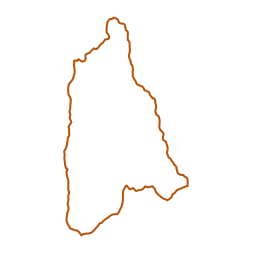 the district of Molagavita, Santander, Colombia, rotated 183°
{"feature_id": "7082276B9574899495584", "entity_name": "Molagavita", "entity_type": "district", "adm_level": 2, "iso_a3": "COL", "parent_name": "Colombia", "parent_adm1": "Santander", "projection": "equal_earth", "projection_center": [-72.811, 6.635], "detail": "fine", "context": "isolated", "style": "outline", "palette": "amber", "viewbox_px": 256, "rotation_deg": 183, "n_neighbors": 0, "source": "geoboundaries", "source_scale": "gbopen_adm2", "svg_char_len": 5861}
<svg xmlns="http://www.w3.org/2000/svg" viewBox="0 0 256 256"><g transform="rotate(183 128 128)"><path d="M185.3,192.3L185.3,191.8L185.1,190.7L185.1,189.9L185.3,188.2L185.3,187.6L184.9,186.7L184.5,184.3L184.3,182.1L184.2,180.5L184.6,178.5L185.0,176.6L185.2,175.4L185.5,174.4L186.2,173.0L186.9,171.9L187.5,171.1L188.5,170.0L189.0,169.2L189.4,168.1L189.7,166.5L189.8,163.2L189.6,161.5L189.4,159.5L189.0,158.1L188.6,157.4L187.8,156.2L187.4,155.3L186.9,154.3L186.7,153.8L186.6,152.2L186.6,150.4L186.8,148.2L186.7,147.3L186.7,146.3L186.7,145.7L186.8,143.4L187.3,141.1L187.3,140.6L186.8,139.8L186.5,139.3L186.3,138.7L186.3,138.1L186.3,137.3L186.6,136.6L186.7,135.7L186.7,134.9L186.5,134.3L185.8,132.9L185.2,131.8L185.0,131.3L184.9,130.8L184.9,130.5L185.3,129.9L185.7,129.4L186.5,128.0L186.8,127.0L187.2,126.3L187.3,125.8L187.3,125.3L187.1,125.0L186.6,123.0L186.6,120.8L186.2,117.7L186.5,116.9L187.3,115.7L187.6,114.9L187.7,113.9L187.7,112.6L187.8,111.2L187.9,110.1L188.0,108.4L188.3,106.6L188.9,104.6L189.8,102.7L190.3,102.2L190.5,101.5L190.2,99.6L189.9,98.5L189.8,97.4L190.0,96.6L189.9,95.4L190.0,94.8L189.9,94.6L189.8,92.9L189.7,92.8L189.6,92.5L189.4,90.9L189.1,89.7L189.1,88.7L188.9,87.8L188.6,86.9L187.7,84.5L187.2,84.4L186.6,84.1L186.4,83.7L186.3,83.3L186.3,82.9L186.6,82.4L187.0,81.7L187.1,80.7L187.0,79.9L186.7,78.3L186.3,76.9L186.0,75.6L185.5,74.3L185.2,73.4L184.9,72.5L184.7,69.9L184.5,66.1L184.4,63.3L184.2,62.4L183.9,61.8L183.5,61.1L183.5,60.8L183.7,58.9L184.0,57.4L184.0,56.9L183.9,55.1L183.7,53.9L183.8,52.4L183.9,51.5L184.2,49.8L184.3,48.6L184.2,48.1L183.9,47.5L183.6,47.0L183.3,45.8L183.2,44.8L183.2,43.7L183.2,43.4L183.3,42.9L183.5,42.1L183.7,41.1L184.0,40.5L184.1,40.2L184.3,39.4L184.3,38.7L184.3,37.8L184.7,33.3L184.6,32.5L184.5,32.0L184.4,31.7L184.2,31.4L183.9,31.1L183.8,30.7L183.8,30.3L183.7,30.1L183.3,29.1L182.9,28.4L181.5,26.5L180.6,25.0L180.6,24.8L179.3,24.3L177.5,23.7L175.3,23.1L173.8,22.9L172.7,22.5L171.2,21.3L170.2,20.0L169.1,18.5L168.4,18.5L167.5,19.6L165.4,20.1L162.9,20.5L161.0,20.7L159.3,21.5L157.6,22.9L154.2,27.1L152.6,29.0L151.5,31.0L150.7,31.5L149.8,31.8L148.8,32.3L148.0,33.6L146.1,35.4L144.7,36.6L143.6,37.1L140.3,40.1L139.0,40.8L137.6,41.0L136.4,41.3L135.5,41.4L134.7,41.3L133.8,41.8L133.0,43.1L132.2,44.8L131.2,47.1L130.4,49.0L129.7,51.9L129.5,53.9L129.4,56.7L129.5,59.3L129.7,61.9L129.4,65.2L128.6,67.1L127.4,69.3L126.8,70.3L126.0,70.1L125.1,69.0L123.9,67.8L123.3,67.0L122.5,67.0L121.2,67.4L120.4,68.1L119.4,68.1L118.5,67.2L117.8,66.3L116.8,65.6L116.1,65.6L113.6,66.6L112.6,66.7L110.7,67.3L109.1,68.8L108.5,69.6L108.1,70.3L107.7,70.6L107.0,70.4L106.2,69.9L104.3,70.0L102.8,70.4L102.2,70.6L101.4,71.0L100.9,71.1L100.4,71.0L99.4,69.8L98.9,69.4L97.9,68.6L97.7,67.8L97.5,66.9L97.0,66.1L96.2,64.8L95.2,64.2L94.6,63.4L93.3,62.2L92.6,61.9L91.9,61.4L91.1,60.6L88.9,59.4L87.0,58.8L86.2,58.5L85.2,57.9L84.4,58.3L83.3,59.0L82.1,60.0L80.8,61.4L80.3,63.6L79.8,64.4L78.7,65.0L77.7,65.9L76.8,67.3L76.1,68.2L74.9,69.0L73.5,69.7L71.8,70.4L70.6,71.2L68.7,71.9L67.2,72.7L65.5,73.1L65.6,74.3L65.6,77.7L65.8,79.4L66.1,80.3L66.4,81.0L67.8,82.1L68.5,82.3L69.4,82.8L70.0,83.6L70.6,84.0L72.9,83.9L75.5,85.1L76.4,86.7L77.2,89.4L77.5,89.8L77.5,91.3L77.8,91.7L78.7,92.7L79.0,93.2L79.7,93.6L80.0,93.9L80.9,95.6L81.4,96.3L81.8,96.6L82.5,97.3L84.1,99.6L85.5,100.4L86.1,101.2L86.3,101.5L87.1,103.5L87.8,105.5L87.6,107.0L87.3,107.9L87.3,109.7L87.7,111.7L88.2,113.0L88.5,113.5L89.3,116.0L89.7,116.5L91.9,117.8L92.3,118.1L92.7,118.8L92.8,119.5L92.7,120.5L92.3,122.7L92.2,123.2L92.2,123.8L92.4,124.6L93.2,125.7L94.4,126.6L96.0,128.3L96.4,129.3L96.7,130.3L96.8,131.2L96.7,134.8L96.8,136.8L97.0,138.3L97.3,139.3L97.6,140.3L98.2,141.3L98.6,141.8L99.2,142.3L99.8,142.5L100.4,142.9L100.8,143.6L100.8,144.3L101.4,145.4L101.5,146.1L101.5,147.5L101.4,148.2L101.0,149.9L100.9,150.4L101.0,151.1L102.2,155.4L102.3,156.9L102.6,157.7L103.1,158.6L103.3,158.8L103.7,159.1L104.8,158.9L105.1,159.1L105.7,159.9L106.1,160.4L106.8,160.9L107.5,161.7L107.9,162.4L108.5,164.1L108.9,164.8L109.6,165.2L110.8,165.6L112.0,166.2L113.3,166.5L113.8,167.1L114.0,167.5L114.6,168.8L115.1,169.6L115.6,170.0L117.3,170.6L117.9,170.7L119.7,171.6L120.3,171.7L120.9,171.9L121.5,172.5L122.1,173.4L122.5,174.5L122.9,175.3L123.8,176.3L125.5,179.2L126.0,180.5L126.0,182.4L126.2,183.3L126.3,184.2L126.3,185.0L126.1,185.9L126.2,187.4L126.4,189.0L126.6,189.3L127.3,191.1L128.5,192.2L128.5,194.4L129.4,195.5L131.0,199.9L130.2,204.4L130.3,206.4L130.3,207.1L130.7,209.6L130.7,211.6L131.0,213.4L131.3,214.3L131.8,215.1L132.3,215.5L132.7,215.7L132.8,216.3L133.1,219.3L133.1,220.5L133.0,221.7L133.1,222.6L133.2,223.5L133.4,224.1L133.9,224.7L135.1,225.6L135.5,226.3L135.7,227.1L135.9,227.9L136.1,229.2L136.5,230.5L136.9,231.2L137.5,231.6L137.9,231.8L138.6,231.9L139.1,231.9L141.1,232.1L141.8,232.3L142.4,232.8L143.7,235.5L144.0,235.8L145.2,236.6L146.5,237.1L146.9,237.4L147.4,237.5L147.8,237.4L149.0,236.6L149.4,236.3L150.0,236.0L150.6,235.9L151.3,235.9L151.8,235.7L152.4,235.3L153.0,234.6L153.9,232.8L154.2,231.5L154.5,228.7L154.6,226.3L154.5,225.3L154.5,224.1L154.4,222.5L154.1,222.0L152.2,219.8L151.9,219.2L151.7,218.3L151.6,217.1L151.8,216.5L152.0,216.1L154.4,215.3L155.2,215.3L155.8,214.9L156.6,213.2L158.1,211.2L158.7,210.9L159.4,210.2L160.4,209.2L161.3,207.6L161.8,206.9L162.7,206.0L163.4,205.3L164.0,205.1L164.4,205.0L165.0,205.1L165.3,205.4L165.8,205.7L166.3,205.6L166.8,205.2L167.6,204.4L168.3,203.5L168.9,202.9L169.7,201.8L170.1,201.3L170.5,201.0L172.2,200.3L173.9,199.3L174.2,198.9L174.3,198.5L174.3,197.9L174.2,196.7L174.0,196.1L174.0,195.4L174.0,194.4L174.4,193.4L174.7,192.9L175.0,192.6L175.5,192.4L176.3,192.3L176.8,192.1L177.2,191.9L177.4,191.9L178.2,192.3L178.7,192.6L179.7,193.4L180.6,193.8L181.2,194.0L181.4,193.9L181.6,193.7L181.6,193.2L181.7,192.7L182.1,192.4L183.0,192.4L183.2,192.5L183.6,192.6L184.0,192.6L184.6,192.6L185.3,192.3Z" fill="none" stroke="#b45309" stroke-width="2"/></g></svg>